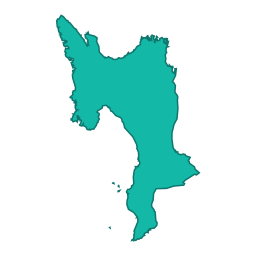 the district of Leyte, Leyte, Philippines
{"feature_id": "2640588B34650846802583", "entity_name": "Leyte", "entity_type": "district", "adm_level": 2, "iso_a3": "PHL", "parent_name": "Philippines", "parent_adm1": "Leyte", "projection": "mercator", "projection_center": [124.645, 10.874], "detail": "fine", "context": "isolated", "style": "filled", "palette": "teal", "viewbox_px": 256, "rotation_deg": 0, "n_neighbors": 0, "source": "geoboundaries", "source_scale": "gbopen_adm2", "svg_char_len": 5631}
<svg xmlns="http://www.w3.org/2000/svg" viewBox="0 0 256 256"><path d="M199.3,172.8L195.1,169.2L194.5,166.9L189.4,163.2L189.2,161.6L188.3,160.9L190.2,157.3L185.9,155.9L185.1,154.5L182.8,154.0L181.2,154.8L177.9,153.8L177.8,151.9L176.9,151.9L176.4,152.3L175.8,152.2L175.6,151.8L175.2,151.2L175.1,150.1L174.0,149.4L173.0,147.1L171.9,138.9L172.0,132.7L174.0,124.4L177.0,118.8L177.9,108.5L177.4,100.1L177.8,97.2L177.4,95.7L174.9,92.2L175.4,85.7L174.1,83.1L172.5,81.7L175.5,75.5L176.3,68.6L174.9,68.8L174.9,69.2L174.9,68.8L175.3,68.9L175.3,69.1L174.4,71.7L175.3,73.3L174.5,73.6L172.1,71.5L172.3,68.6L173.0,67.4L172.7,66.4L171.6,66.4L171.2,67.3L169.3,64.9L169.0,66.4L168.0,66.3L165.3,61.7L165.9,58.3L165.2,55.9L165.8,53.4L166.7,52.5L166.0,51.0L166.3,47.3L168.2,46.7L167.1,46.2L167.1,45.5L166.3,45.6L166.6,45.5L166.9,45.3L166.6,44.7L167.5,45.0L168.2,42.3L167.2,43.1L166.3,43.5L164.4,43.1L163.6,42.0L164.1,39.7L162.0,37.5L159.8,38.6L159.8,40.0L157.7,40.8L157.0,38.9L155.8,38.5L155.1,40.4L155.7,40.0L156.3,40.3L154.7,41.5L154.9,42.5L155.7,42.8L155.1,42.7L154.3,42.0L154.8,39.8L153.6,38.8L153.8,37.5L153.5,37.1L153.6,36.5L152.2,35.2L150.9,36.4L151.6,38.1L151.3,39.5L152.2,40.9L150.4,39.5L149.4,40.7L148.1,39.8L148.4,39.2L149.9,39.5L150.0,38.4L149.3,37.8L147.5,37.8L147.5,39.0L145.7,36.7L146.5,37.9L146.1,38.3L143.8,37.6L143.0,38.2L141.7,36.8L141.2,38.3L142.0,39.2L140.7,39.9L141.1,40.9L140.1,42.2L140.4,44.7L137.1,46.4L134.8,49.9L133.7,50.0L133.5,51.4L129.8,53.7L128.7,53.4L129.1,53.1L128.6,52.7L128.2,53.5L128.1,52.9L126.8,54.9L125.1,55.9L125.0,56.5L124.4,56.2L123.5,57.7L120.8,58.4L118.7,57.7L117.3,59.1L114.7,59.5L112.8,59.2L112.4,58.4L109.5,57.5L108.6,56.6L106.4,57.9L105.5,57.7L105.1,57.2L104.7,57.7L99.3,52.1L98.8,46.3L96.6,41.6L97.1,37.9L94.6,36.1L89.1,34.7L87.8,33.3L88.4,33.0L88.1,32.1L87.3,33.2L87.4,34.0L86.6,33.6L86.8,34.3L85.1,34.7L85.5,37.8L87.3,39.0L88.0,40.8L87.5,41.8L88.2,42.4L87.8,43.3L88.5,45.0L87.7,44.7L87.4,46.0L87.0,46.0L85.8,43.0L84.3,41.7L84.1,39.9L81.0,36.7L81.1,35.2L80.1,35.1L79.2,33.9L76.7,30.7L76.5,29.5L74.2,28.1L69.6,22.5L68.6,22.4L67.7,20.5L66.6,20.5L63.3,16.6L61.2,15.4L58.8,19.2L57.6,19.0L56.7,20.9L57.3,26.9L59.0,27.4L58.1,28.1L58.8,31.9L60.7,33.2L59.7,34.0L61.2,34.6L60.1,35.6L61.1,38.0L62.1,38.5L61.8,39.9L63.2,40.7L64.5,40.2L64.7,41.1L66.4,40.7L66.9,41.3L65.8,42.0L66.3,42.3L65.6,43.0L63.3,42.8L63.8,45.5L64.9,46.5L67.1,46.0L68.9,47.8L68.7,48.7L67.9,48.8L65.7,48.2L64.9,51.5L65.3,52.5L66.1,52.7L65.3,54.3L65.8,56.2L68.4,58.4L69.3,57.3L70.6,57.8L70.2,59.2L69.2,59.8L69.8,60.4L70.7,60.3L72.0,58.5L73.4,58.8L73.5,60.2L72.3,60.9L72.6,62.3L71.2,62.6L72.0,65.3L72.8,64.7L73.6,65.3L72.4,65.9L73.0,67.9L73.9,67.2L75.6,68.4L74.3,69.6L74.4,70.7L73.6,70.2L72.7,70.6L72.9,72.2L73.7,72.9L72.4,74.4L72.7,77.9L75.5,87.3L75.3,89.7L74.9,90.8L73.3,90.8L72.6,92.6L72.9,94.7L70.1,97.2L70.6,97.9L72.1,97.9L72.3,100.1L74.1,100.9L74.6,102.4L75.3,102.5L75.1,101.8L75.5,101.0L75.6,102.2L76.0,102.1L75.5,101.4L76.2,101.5L76.1,102.3L75.6,102.6L76.1,102.6L76.3,102.2L76.5,102.5L76.0,103.0L74.9,103.0L75.9,103.8L75.2,105.4L75.6,105.7L76.0,105.3L76.3,105.2L76.4,105.4L75.5,105.9L75.1,107.4L75.9,109.3L77.4,109.8L76.5,110.0L76.5,111.2L75.6,111.2L74.2,114.0L73.2,114.0L73.9,114.6L73.7,115.2L73.2,115.4L71.9,119.3L71.1,119.0L71.1,120.0L72.2,120.3L73.1,121.8L76.1,120.7L77.3,122.0L77.8,119.5L77.1,115.8L77.6,115.6L78.7,116.6L78.4,117.7L79.5,117.8L78.7,119.5L80.3,119.7L80.2,120.3L80.7,120.0L81.4,120.8L80.6,123.6L79.5,124.9L80.0,125.5L82.0,126.0L83.3,124.0L83.3,125.5L86.2,127.2L86.8,129.1L87.6,129.6L89.2,129.8L89.5,129.2L90.3,130.0L92.6,128.9L93.7,129.2L96.4,125.2L97.0,123.0L98.1,122.3L98.1,120.9L99.3,119.1L98.3,117.0L99.1,115.4L99.1,113.4L97.1,112.3L97.2,111.3L102.3,107.9L102.5,105.8L106.4,105.3L108.2,107.4L108.4,106.9L109.5,107.4L110.8,111.0L112.3,111.6L115.8,115.6L120.6,117.6L121.8,119.3L122.1,121.4L123.6,123.2L124.6,127.7L133.0,137.0L136.6,144.4L137.1,147.1L136.8,148.4L138.4,151.9L138.7,155.8L138.0,158.8L138.7,158.6L138.5,160.9L139.2,160.9L139.9,162.9L139.3,164.6L138.1,165.5L138.4,166.7L135.3,166.6L135.9,168.4L134.7,169.4L134.2,170.9L133.3,177.2L133.8,183.3L132.6,185.6L131.6,185.8L131.4,187.9L128.8,189.6L127.8,189.4L126.5,191.6L126.7,192.7L128.3,193.5L127.6,193.9L128.0,197.4L127.1,200.3L126.9,204.6L128.5,209.4L130.1,210.2L129.8,210.7L130.2,210.4L133.6,212.3L137.2,217.0L136.7,217.6L137.4,217.5L137.8,218.9L137.9,221.5L134.0,231.2L134.6,232.0L133.8,235.2L134.1,236.7L133.0,239.6L132.1,239.7L131.8,240.4L133.3,239.9L133.8,240.6L134.1,239.9L135.8,240.4L137.4,238.9L138.9,239.2L140.6,238.0L141.5,238.2L143.3,235.9L144.7,235.3L144.1,234.5L144.5,233.4L146.6,232.3L148.2,232.6L148.0,231.5L149.2,230.2L148.4,230.1L149.0,229.4L149.9,228.6L150.6,229.4L150.7,228.6L154.4,228.0L156.8,225.4L157.1,222.5L155.9,221.1L155.1,211.8L154.3,211.4L154.1,209.9L151.7,206.6L151.6,204.1L153.1,200.2L153.6,193.5L156.2,188.7L166.5,188.4L173.7,186.1L183.8,185.1L184.6,183.6L183.0,182.5L185.2,180.2L194.4,174.3L196.5,174.9L199.3,172.8ZM165.0,38.5L163.7,39.1L164.4,40.0L163.8,41.9L164.6,43.1L166.5,43.3L168.1,41.6L167.5,40.6L166.6,41.1L167.2,40.1L165.6,39.6L165.0,38.5ZM119.7,190.5L118.1,191.0L118.1,191.6L119.0,191.5L119.7,190.5ZM154.2,36.0L153.1,35.7L153.7,36.4L154.0,37.3L154.2,36.0ZM113.1,182.7L112.8,183.2L114.0,183.6L113.9,183.1L113.1,182.7ZM166.5,38.5L166.3,39.3L167.1,39.2L167.3,38.7L166.5,38.5ZM157.5,37.4L156.6,36.2L156.3,36.4L156.7,37.5L157.5,37.4ZM175.7,150.9L175.2,151.2L176.4,152.2L175.9,151.6L175.7,150.9ZM147.8,35.7L147.4,35.8L147.1,36.3L148.1,36.6L147.8,35.7ZM118.7,185.6L118.2,186.1L118.9,186.7L118.9,186.1L118.7,185.6ZM110.0,227.9L109.9,227.4L109.6,227.6L110.0,227.9Z" fill="#14b8a6" stroke="#0f766e" stroke-width="1.5"/></svg>